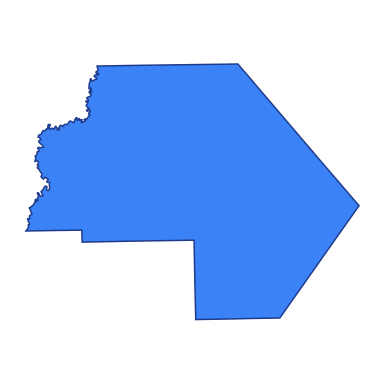 Pirane, Formosa, Argentina (Mercator projection), rotated 89°
{"feature_id": "61730980B72104600250977", "entity_name": "Pirane", "entity_type": "district", "adm_level": 2, "iso_a3": "ARG", "parent_name": "Argentina", "parent_adm1": "Formosa", "projection": "mercator", "projection_center": [-59.332, -25.781], "detail": "fine", "context": "isolated", "style": "filled", "palette": "blue", "viewbox_px": 384, "rotation_deg": 89, "n_neighbors": 0, "source": "geoboundaries", "source_scale": "gbopen_adm2", "svg_char_len": 6004}
<svg xmlns="http://www.w3.org/2000/svg" viewBox="0 0 384 384"><g transform="rotate(89 192 192)"><path d="M240.2,302.7L240.1,256.7L240.1,247.5L240.1,241.7L240.1,240.5L240.2,190.8L286.2,190.7L319.6,190.5L319.6,152.7L319.5,137.2L319.5,110.2L319.5,107.5L319.5,106.4L249.2,55.0L208.6,25.2L155.8,69.0L154.5,70.0L64.8,143.9L64.8,154.7L64.5,222.8L64.4,254.5L64.4,282.7L64.4,284.7L65.4,284.5L66.5,284.3L67.3,284.1L68.2,284.0L68.6,284.0L68.9,284.0L69.2,284.3L69.5,284.7L69.7,285.0L69.8,285.4L70.0,285.7L70.6,285.8L71.3,285.8L71.8,285.4L72.1,284.9L71.7,284.2L71.5,283.7L72.0,283.3L72.7,283.4L73.4,283.9L73.5,284.9L73.4,286.1L73.5,287.0L73.7,287.5L74.2,287.8L74.6,287.8L74.9,287.5L75.5,286.9L76.1,286.0L76.5,285.2L77.0,285.2L77.3,285.2L77.5,285.6L77.7,286.2L78.3,287.7L79.0,289.0L79.3,289.6L79.3,290.0L79.1,290.3L78.6,290.6L77.3,290.7L77.0,291.2L77.4,291.7L78.0,291.8L79.0,291.8L79.8,292.0L80.5,292.4L81.6,292.7L83.4,293.0L85.3,293.2L86.5,293.2L87.1,293.0L87.0,292.6L86.8,292.3L86.4,291.8L86.3,291.3L86.5,291.0L86.8,290.8L87.1,290.9L87.5,291.3L87.7,291.7L88.3,292.0L88.6,291.9L88.9,291.7L88.9,291.3L89.1,290.9L89.4,290.6L89.8,290.7L90.1,290.8L90.3,291.1L90.3,291.4L89.8,292.1L89.7,292.7L89.9,293.0L90.3,293.2L90.8,293.0L91.2,292.7L93.0,291.2L93.4,291.1L93.8,291.3L94.3,291.7L95.0,293.7L95.7,295.0L96.0,295.5L96.3,295.7L96.7,295.4L97.8,294.3L98.8,294.0L99.4,294.1L99.5,294.2L99.5,294.7L99.1,295.9L99.0,296.3L99.3,296.4L99.6,296.5L99.9,296.4L100.2,295.9L100.4,295.4L100.6,294.8L100.9,294.5L101.2,294.6L102.7,295.6L103.2,296.1L103.8,296.4L104.2,296.2L104.5,295.6L104.9,295.3L105.5,295.0L106.0,294.5L106.4,293.6L106.9,293.2L107.2,293.2L107.3,293.3L107.4,293.7L107.2,294.5L107.4,295.0L108.1,295.6L108.6,295.9L109.1,295.8L109.2,295.7L109.3,295.3L109.1,294.4L108.9,293.2L109.0,292.7L109.3,292.4L109.6,292.3L109.8,292.4L110.1,292.7L110.6,293.0L111.5,293.9L112.3,294.0L113.1,292.8L113.5,292.8L113.8,293.0L114.0,293.3L114.3,294.0L114.8,294.2L115.8,295.0L116.4,295.5L117.2,295.8L117.7,296.1L117.8,296.3L117.6,297.0L117.0,297.7L117.5,298.4L117.8,298.6L118.0,298.5L118.4,298.1L118.7,297.9L119.0,297.8L119.3,297.8L119.6,298.0L119.7,298.4L119.9,299.4L120.1,299.8L120.3,300.2L120.6,300.6L120.8,301.0L120.7,301.3L120.4,301.6L119.9,301.5L118.9,301.0L118.1,300.7L117.8,300.8L117.8,301.0L117.7,301.7L118.2,302.3L118.3,302.9L118.1,303.2L117.7,303.3L117.2,303.2L116.8,303.4L116.8,303.8L117.3,304.3L118.0,304.8L118.4,305.0L118.4,305.4L118.3,305.7L117.9,305.8L117.2,305.7L116.5,305.7L115.7,305.8L115.7,306.2L115.8,306.5L116.4,307.1L117.2,307.7L118.4,308.1L119.2,308.4L120.1,308.6L120.4,308.7L120.5,309.2L120.2,309.9L119.8,310.5L119.4,311.3L119.1,311.8L119.0,312.9L119.5,313.7L120.8,314.3L122.4,315.7L122.1,317.8L122.5,318.7L122.9,319.2L123.8,319.4L124.1,319.7L124.3,319.9L124.1,320.4L123.3,321.3L123.1,321.8L123.1,322.3L123.5,322.9L123.9,323.3L124.5,323.4L125.0,323.5L125.3,323.8L125.9,324.3L126.5,323.8L127.0,323.6L127.6,323.8L127.7,324.7L127.6,325.5L125.5,326.0L124.5,326.6L123.9,327.1L124.3,327.6L125.1,328.1L126.0,328.4L126.7,329.0L126.3,329.6L126.0,330.1L125.9,330.6L125.8,330.9L125.8,331.3L126.2,331.9L126.6,332.4L127.0,332.7L126.9,333.0L126.7,333.3L126.3,333.6L125.4,333.6L124.4,333.4L123.5,332.9L122.7,332.6L122.1,332.7L122.0,333.2L122.1,334.2L122.3,334.6L123.0,334.8L124.9,335.1L125.8,335.2L126.4,335.6L126.5,336.3L126.5,336.6L126.7,336.9L127.2,337.0L127.7,337.2L128.1,337.7L128.1,338.2L127.9,339.1L128.0,339.7L128.4,340.1L129.1,340.5L129.8,341.0L130.9,341.4L131.7,341.8L131.9,342.1L132.0,343.1L132.1,343.7L133.5,344.8L134.1,344.9L134.6,344.8L134.9,343.9L136.1,342.4L136.4,342.1L136.8,342.0L137.1,342.3L137.5,343.0L137.7,343.7L138.4,344.3L138.9,344.3L139.4,344.2L139.9,343.7L140.4,343.4L140.8,342.9L141.2,342.4L141.6,342.0L142.2,341.4L142.9,340.8L143.6,340.1L144.1,339.6L144.5,339.6L144.8,340.3L145.1,340.8L144.9,341.5L145.0,341.9L144.9,343.4L144.8,344.1L144.9,345.2L145.6,345.5L146.0,345.3L147.9,344.3L148.3,344.2L148.6,344.4L148.9,345.0L149.1,345.8L149.5,346.3L150.1,346.2L151.5,346.2L152.0,346.5L152.4,346.8L152.8,347.6L153.2,348.1L153.8,348.1L154.5,348.0L155.2,347.6L156.3,347.5L156.9,348.1L158.0,348.4L158.5,348.6L158.8,348.4L158.4,347.4L157.9,346.1L158.2,345.8L158.9,345.5L160.0,345.1L160.8,345.2L161.4,345.3L161.8,345.8L162.0,346.1L162.3,346.1L162.9,345.8L163.2,345.3L163.5,345.0L163.8,345.1L164.1,345.3L164.4,345.8L164.7,346.2L165.1,346.2L165.4,346.1L165.9,345.2L166.6,344.6L167.4,344.4L168.3,343.8L169.5,343.0L170.8,342.1L171.5,341.7L171.9,341.7L172.5,341.8L173.0,342.1L173.7,342.7L174.2,342.6L176.3,340.7L176.4,340.3L176.2,340.0L175.9,339.7L174.9,339.2L174.8,338.9L175.5,337.3L175.9,336.8L176.2,336.1L176.9,335.7L177.7,335.8L178.5,336.7L179.0,336.9L179.5,336.9L179.7,336.5L180.0,335.7L180.1,334.3L180.4,334.0L180.8,334.1L181.5,334.4L182.5,334.5L184.3,334.3L185.7,334.3L186.7,334.5L187.5,335.2L187.9,335.6L188.1,335.9L187.9,336.5L187.7,336.8L187.1,337.2L186.1,337.4L185.3,337.1L184.1,337.0L183.7,337.7L183.5,338.5L183.8,339.0L184.4,339.4L185.0,339.8L185.7,340.1L187.0,341.1L188.0,342.0L189.1,342.9L190.0,342.5L192.8,341.2L193.3,341.4L193.5,342.5L193.5,343.5L193.1,344.4L192.5,344.3L191.5,344.9L191.0,345.1L190.5,345.4L190.2,345.7L190.0,346.0L190.1,346.5L190.8,346.7L191.6,346.2L192.9,345.6L193.6,345.6L194.2,345.8L194.9,346.2L195.4,346.7L196.0,346.6L196.8,346.2L197.3,346.1L197.6,346.3L197.9,346.6L197.9,347.1L197.6,347.5L196.8,348.0L196.7,348.6L197.2,349.0L197.9,349.0L198.6,348.2L199.3,348.2L199.3,349.0L199.6,349.6L200.3,349.7L201.0,350.1L201.9,350.6L202.5,351.6L203.4,352.3L203.8,353.0L204.5,353.9L204.9,354.8L205.7,354.8L206.6,354.0L208.2,353.7L210.1,352.9L211.3,352.4L211.6,353.1L212.0,353.5L212.6,354.2L213.1,354.9L214.0,355.1L214.9,354.7L215.8,354.6L215.9,355.2L215.8,356.2L215.9,356.8L216.3,356.8L216.9,356.5L218.5,356.3L219.3,355.9L220.3,355.1L221.2,354.8L221.6,355.1L221.8,355.4L221.8,355.9L222.0,356.2L222.3,356.2L223.1,356.2L224.5,356.2L225.4,356.4L226.5,357.5L227.3,358.3L228.1,358.8L228.1,357.2L228.1,330.3L228.2,307.5L228.2,302.9L240.2,302.7Z" fill="#3b82f6" stroke="#1e3a8a" stroke-width="1.5"/></g></svg>